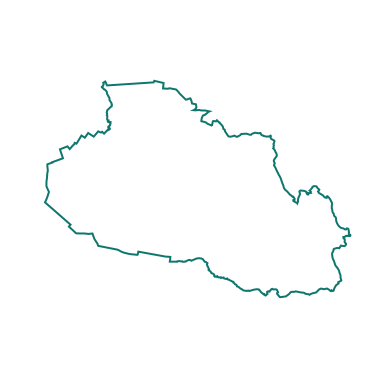 Cernat, Covasna, Romania (Albers equal-area conic projection), rotated 168°
{"feature_id": "2599482B32737313813791", "entity_name": "Cernat", "entity_type": "district", "adm_level": 2, "iso_a3": "ROU", "parent_name": "Romania", "parent_adm1": "Covasna", "projection": "albers", "projection_center": [25.982, 45.977], "detail": "fine", "context": "isolated", "style": "outline", "palette": "teal", "viewbox_px": 384, "rotation_deg": 168, "n_neighbors": 0, "source": "geoboundaries", "source_scale": "gbopen_adm2", "svg_char_len": 5907}
<svg xmlns="http://www.w3.org/2000/svg" viewBox="0 0 384 384"><g transform="rotate(168 192 192)"><path d="M86.1,170.8L86.9,170.0L86.7,168.4L86.9,167.4L87.4,166.5L89.2,164.1L90.1,162.0L90.3,160.6L91.4,158.9L91.8,159.8L93.0,160.5L94.6,162.1L94.7,162.8L94.5,163.1L93.4,162.9L93.0,164.1L93.9,166.3L94.1,166.5L94.5,166.3L96.1,168.5L96.7,169.0L98.7,172.6L100.5,175.0L101.3,177.1L101.3,179.3L101.9,182.4L102.4,187.1L103.2,190.0L103.6,190.8L103.9,192.6L104.4,194.0L105.5,199.1L106.2,200.8L106.2,201.4L105.2,202.5L105.1,203.0L105.5,204.3L105.5,205.4L105.3,206.1L104.7,206.8L101.8,209.4L101.4,210.2L101.4,212.4L101.8,213.0L102.4,215.9L103.5,217.8L102.9,218.2L102.8,219.7L102.2,220.3L102.2,221.2L102.4,221.7L102.2,222.2L101.5,223.1L100.7,224.7L101.1,225.4L103.4,227.4L103.9,228.8L103.2,230.3L103.5,230.8L104.9,230.3L107.6,230.7L110.4,232.0L110.6,232.4L112.0,233.1L112.6,234.3L112.6,235.2L112.8,235.5L114.8,235.6L118.1,236.9L121.0,236.5L122.4,235.7L123.6,236.0L126.5,237.7L131.7,238.5L133.1,237.5L136.4,236.6L137.2,236.9L138.3,238.0L138.9,238.3L140.6,238.1L142.9,238.1L144.6,238.7L145.2,239.7L147.0,244.3L147.2,245.1L147.0,245.7L147.0,246.1L148.2,247.2L148.2,249.4L149.0,251.4L150.3,253.3L150.5,254.3L150.8,254.5L151.2,254.5L152.7,257.0L153.9,256.1L156.0,256.9L156.7,256.9L157.3,256.1L157.7,254.7L158.3,253.9L158.5,253.2L159.0,253.0L162.6,255.5L164.1,257.3L167.0,258.8L168.1,259.2L168.2,259.4L167.8,260.5L167.1,262.2L165.5,264.4L164.9,264.7L163.6,264.6L162.8,265.2L161.6,265.6L159.2,267.0L158.2,267.2L162.2,269.0L165.9,269.8L167.9,270.7L171.9,271.2L173.4,271.7L172.5,271.9L170.9,272.9L170.0,274.1L170.0,277.0L173.6,278.6L173.6,281.3L174.1,283.9L174.8,284.0L178.0,283.5L178.9,283.7L183.6,290.8L184.7,293.2L186.3,295.6L192.5,298.2L194.1,298.0L198.8,299.3L197.1,304.5L205.8,308.6L206.7,307.2L252.9,313.9L253.2,314.6L253.4,316.4L253.9,318.1L256.1,317.3L255.9,315.9L257.3,314.0L258.4,313.5L258.4,313.2L257.6,312.4L256.8,310.8L256.4,310.7L255.6,309.8L254.9,308.7L254.5,307.3L254.7,305.9L254.5,305.0L253.9,303.3L253.8,302.4L253.4,302.0L253.2,300.9L253.6,299.2L252.3,295.7L252.2,293.9L252.6,293.6L252.6,292.8L252.7,292.5L253.6,292.2L257.9,289.6L259.0,287.2L258.7,285.9L259.4,284.8L259.0,283.9L259.9,280.9L259.7,280.0L258.9,279.5L259.2,279.2L259.2,278.9L259.6,278.9L259.7,278.6L259.6,278.1L258.7,277.4L258.2,277.3L258.1,277.8L257.1,277.3L257.6,276.5L257.5,275.8L257.9,275.5L258.0,274.7L259.0,273.9L260.1,273.5L260.4,273.1L259.7,272.6L260.2,272.0L259.7,271.3L259.2,271.1L259.3,270.7L259.9,270.3L261.1,270.0L261.2,270.5L265.9,267.4L267.4,269.6L268.4,269.1L269.1,269.3L271.1,270.8L276.6,266.6L281.3,271.3L285.5,267.4L288.4,270.2L294.9,263.3L296.6,264.5L296.7,264.4L296.8,263.5L299.0,262.2L302.7,259.4L304.3,262.5L312.3,261.2L311.2,251.8L322.6,250.2L322.5,249.8L327.6,249.2L328.0,248.2L328.6,242.8L329.6,240.5L331.1,235.4L332.1,232.8L333.1,228.4L333.1,227.2L331.9,221.8L334.9,216.6L337.9,212.4L317.6,185.3L319.6,183.8L314.1,175.9L313.5,175.5L305.9,173.8L301.9,172.5L298.0,172.1L297.2,166.2L295.3,161.3L294.9,158.8L277.1,151.2L276.0,150.5L273.6,148.4L271.0,146.7L265.7,144.2L258.5,141.9L258.3,141.9L258.0,142.4L256.9,144.8L231.5,134.4L226.7,133.0L227.1,131.4L228.2,128.5L221.0,126.9L220.7,127.3L218.2,126.9L217.1,126.3L216.1,126.3L215.6,125.7L214.3,125.4L213.3,125.5L212.7,125.2L211.5,125.8L208.9,126.2L207.2,125.4L206.9,124.9L201.4,126.0L199.0,125.8L196.4,124.9L195.1,123.7L195.0,123.1L194.1,121.2L192.7,120.4L192.5,120.0L191.7,119.2L192.5,117.9L192.3,117.0L192.4,116.5L191.9,115.4L191.8,114.4L191.4,113.0L191.4,112.7L192.0,112.4L192.0,112.1L190.3,110.3L190.1,109.1L189.8,108.5L189.1,108.3L187.6,106.8L187.4,106.0L187.8,105.4L187.1,104.3L184.9,104.4L184.9,103.6L184.3,103.7L183.7,102.9L181.4,102.5L181.4,101.9L178.9,101.8L178.9,101.4L178.7,100.9L176.9,99.9L176.2,99.7L175.8,100.1L175.6,100.1L175.4,99.4L175.2,99.0L174.3,98.8L173.6,97.9L172.2,97.0L171.8,96.5L170.2,95.5L170.4,94.8L169.4,93.8L169.2,92.9L168.0,92.1L167.6,91.2L167.7,90.4L166.2,89.5L164.7,87.5L163.2,86.3L162.3,85.1L159.2,83.9L157.2,83.8L156.5,83.2L152.5,83.6L149.3,83.5L147.8,83.2L146.7,82.6L146.6,82.0L146.2,81.8L145.4,79.7L143.8,77.8L142.7,77.3L143.0,76.8L141.7,75.5L141.0,75.6L140.5,76.1L139.4,76.6L139.5,77.1L139.3,77.6L139.4,78.5L139.2,78.8L138.1,79.0L136.9,78.4L136.1,79.4L135.1,79.9L134.5,80.5L133.6,80.6L133.0,79.9L130.0,79.3L129.4,78.8L129.0,77.7L128.7,75.9L129.8,75.4L129.9,74.6L128.0,71.0L127.1,70.7L121.8,70.4L118.3,72.0L116.3,73.5L114.5,73.6L112.9,73.0L111.4,73.3L105.9,70.9L104.3,70.5L102.9,69.8L102.6,69.2L101.8,68.7L99.4,67.8L98.4,67.0L97.5,67.5L94.5,67.9L91.5,67.9L87.9,70.3L85.8,70.7L83.3,69.5L80.0,69.5L78.4,68.1L76.9,66.2L76.6,66.1L75.9,66.8L75.1,66.0L74.2,65.9L72.6,68.5L70.3,71.0L67.7,72.0L67.8,73.0L67.7,73.4L64.6,74.2L64.3,74.6L64.5,77.2L64.1,79.7L64.5,82.3L64.5,84.2L65.2,86.7L67.0,90.4L67.5,95.1L67.9,96.4L68.2,98.7L68.0,101.4L67.9,102.2L67.4,103.4L66.0,104.9L65.5,106.4L64.9,106.9L61.3,107.1L59.6,106.4L57.5,108.6L54.3,107.4L53.1,107.7L52.1,109.0L52.2,109.7L52.9,110.6L53.0,111.0L53.1,111.7L52.5,113.2L52.5,114.2L53.0,114.9L53.4,115.1L53.3,116.5L52.0,116.3L50.5,117.1L46.8,116.1L46.3,116.2L46.1,116.6L46.1,117.2L47.2,117.9L47.4,118.4L46.8,120.0L46.7,123.0L46.8,123.4L47.3,123.9L48.1,124.2L49.0,123.4L50.1,123.6L51.1,124.6L53.2,125.7L54.1,126.3L55.3,127.9L56.1,129.6L56.6,131.3L56.9,132.9L56.9,134.6L56.7,135.2L56.6,136.9L57.0,137.9L57.8,138.9L58.0,139.8L57.9,141.4L58.4,142.1L58.7,143.3L58.5,146.2L58.7,146.5L58.6,147.3L58.2,149.0L58.1,149.8L57.6,150.4L57.4,151.9L57.4,152.8L57.9,153.9L58.2,155.5L59.1,157.8L60.1,159.3L60.7,159.8L61.2,159.5L61.3,158.6L61.5,158.3L62.8,158.8L63.6,159.5L64.7,161.6L68.1,164.7L68.6,166.4L67.8,166.8L67.0,167.9L68.3,169.6L69.1,171.6L71.4,172.4L73.0,172.0L73.5,171.2L75.9,169.4L76.2,168.9L76.6,168.8L75.7,167.6L76.0,166.8L75.9,166.4L77.8,166.6L78.4,166.8L78.8,165.4L79.7,165.7L79.9,166.0L80.2,167.7L80.1,168.4L80.4,168.7L82.1,169.8L85.5,170.9L86.1,170.8Z" fill="none" stroke="#0f766e" stroke-width="2"/></g></svg>